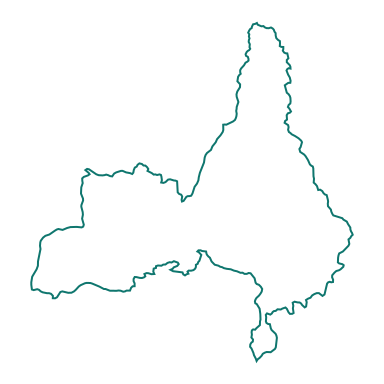 the district of Buenópolis, Minas Gerais, Brazil
{"feature_id": "56859067B56539099498918", "entity_name": "Buenópolis", "entity_type": "district", "adm_level": 2, "iso_a3": "BRA", "parent_name": "Brazil", "parent_adm1": "Minas Gerais", "projection": "robinson", "projection_center": [-44.044, -17.849], "detail": "fine", "context": "isolated", "style": "outline", "palette": "teal", "viewbox_px": 384, "rotation_deg": 0, "n_neighbors": 0, "source": "geoboundaries", "source_scale": "gbopen_adm2", "svg_char_len": 5974}
<svg xmlns="http://www.w3.org/2000/svg" viewBox="0 0 384 384"><path d="M256.6,361.0L257.8,359.2L259.6,357.9L261.6,355.8L262.8,353.8L264.9,352.6L266.7,352.0L270.7,352.2L275.0,348.9L275.8,347.3L276.9,337.8L276.4,335.6L275.6,333.8L271.6,330.0L270.8,328.3L269.9,324.2L268.2,324.0L266.5,323.0L265.9,321.4L266.2,317.2L265.8,314.9L267.0,313.4L270.3,314.6L271.8,313.5L272.7,312.0L273.9,311.1L275.7,310.9L277.5,309.3L280.8,309.5L282.3,308.6L285.5,307.5L286.9,308.9L288.6,312.4L290.0,313.9L292.3,313.8L293.6,313.0L292.9,308.3L293.3,305.8L292.7,302.7L294.6,301.7L297.5,302.4L299.7,302.5L301.1,303.5L302.2,305.1L304.7,307.4L306.1,306.5L306.7,302.1L306.0,300.0L308.0,298.7L310.5,297.7L312.1,295.5L314.3,294.1L316.8,293.1L318.9,293.1L322.5,295.9L324.5,294.5L327.1,283.6L328.2,282.3L329.7,281.8L331.2,282.3L333.0,282.0L333.1,279.7L332.1,277.3L332.2,275.3L334.4,272.7L336.3,271.0L338.9,270.3L340.6,269.3L343.3,266.8L343.7,265.2L342.4,264.2L339.1,263.4L337.9,262.4L338.1,257.6L338.5,255.4L339.2,253.4L342.9,251.5L348.5,245.7L349.3,243.9L348.5,239.4L350.3,237.9L351.3,236.1L352.7,234.8L352.0,232.9L351.1,231.5L350.4,229.5L350.3,227.5L348.1,224.2L346.8,221.6L343.4,219.6L342.3,218.2L333.3,215.4L332.3,213.8L331.3,211.6L330.9,209.6L328.0,206.2L327.8,203.6L328.1,201.7L327.9,200.0L326.7,195.1L324.8,194.4L323.4,193.0L322.3,191.1L320.2,189.7L318.2,190.0L317.0,186.1L315.5,184.2L313.7,182.6L314.0,178.7L313.5,176.3L313.3,168.4L312.8,166.5L311.3,165.7L309.9,164.4L308.0,160.1L305.6,156.2L304.1,154.5L300.2,151.9L299.4,149.0L300.6,147.1L302.0,142.2L301.2,140.7L298.6,138.3L295.0,136.0L291.7,134.3L290.4,133.0L288.9,132.0L288.1,129.8L288.6,127.1L288.1,125.1L284.6,122.8L285.1,121.0L287.0,119.6L286.7,115.2L287.9,113.3L289.9,112.7L291.0,111.5L289.3,108.5L287.9,107.0L288.7,104.9L290.3,103.5L290.6,101.4L290.4,97.9L289.9,96.2L288.6,94.2L286.8,92.7L284.8,85.3L288.2,82.9L290.3,82.8L290.6,80.9L289.8,77.5L288.1,74.6L286.5,70.5L287.3,69.1L288.7,68.2L290.5,68.6L290.4,66.8L289.7,65.1L286.8,62.2L286.8,60.0L288.4,58.3L287.3,53.4L285.7,53.3L284.2,52.6L282.8,50.7L283.3,49.1L283.3,47.0L281.3,46.9L279.8,46.1L280.0,43.5L279.9,41.1L278.0,39.9L276.3,38.1L275.7,35.6L275.6,33.1L274.5,31.7L273.8,29.7L272.7,28.5L271.0,27.5L268.7,28.2L266.5,28.1L264.7,27.3L263.5,26.1L261.4,26.3L257.7,24.7L256.9,23.0L255.2,23.9L253.1,24.3L252.0,26.5L251.6,28.2L250.3,28.9L249.2,30.5L248.2,32.7L249.3,34.3L248.9,36.5L249.5,38.4L248.9,40.0L248.7,41.9L249.8,44.2L249.5,47.2L250.2,48.8L249.2,50.1L247.8,50.9L246.7,52.0L245.6,54.2L246.0,55.8L247.8,56.8L248.5,58.9L248.5,60.6L247.3,61.7L245.5,62.7L244.0,65.3L241.1,68.5L240.2,70.2L240.2,72.2L240.7,73.8L239.2,75.1L238.1,76.8L237.4,81.3L240.1,84.3L240.0,87.2L237.3,91.5L236.5,94.3L236.7,96.8L238.4,102.0L236.7,107.0L236.6,108.9L236.2,110.9L236.7,113.7L236.4,116.2L235.9,117.9L235.0,119.9L233.0,121.5L226.3,124.7L224.8,124.5L223.2,124.7L223.3,130.0L222.7,132.0L220.5,135.3L217.1,139.1L215.7,142.3L212.4,146.4L211.0,149.9L207.0,153.0L205.6,155.0L204.7,157.5L204.0,162.5L199.9,172.8L198.8,177.2L198.4,180.3L197.0,183.6L194.6,186.8L192.5,193.4L191.2,195.7L189.5,196.1L187.9,196.1L186.4,196.8L183.6,200.9L182.0,201.5L181.6,199.9L182.2,196.5L181.2,194.7L179.1,193.9L177.7,192.3L177.1,181.3L175.5,180.6L174.0,180.5L170.1,179.3L168.1,179.6L165.5,182.1L163.4,182.9L161.2,182.5L161.9,180.2L161.4,176.5L160.9,174.9L159.5,174.4L157.1,175.0L155.3,174.4L153.7,174.6L151.8,173.1L147.5,170.9L148.3,169.0L147.1,167.2L145.4,165.6L143.5,165.5L141.9,164.0L139.4,163.4L137.6,164.8L136.7,166.6L134.8,167.6L133.8,170.0L133.3,172.7L132.2,174.0L130.0,173.1L126.1,172.4L122.7,170.9L120.9,170.9L116.2,172.4L114.1,173.6L112.2,176.4L110.1,176.1L108.0,175.1L106.1,174.6L104.7,175.1L102.5,175.4L98.7,175.2L96.3,174.3L89.0,169.3L87.1,168.9L85.4,170.1L88.7,172.9L89.6,174.2L88.0,175.4L83.8,176.9L82.2,178.4L82.3,180.8L82.7,183.1L81.3,187.3L81.2,189.2L81.0,193.6L83.0,198.6L83.1,200.5L81.4,205.1L81.3,206.7L82.7,212.1L82.9,214.8L82.1,218.7L83.8,224.7L83.2,226.6L81.7,227.4L76.7,226.9L70.4,227.1L67.1,228.0L62.6,229.9L58.4,229.0L56.8,229.5L55.0,230.6L49.4,234.5L45.4,235.8L43.1,237.6L40.8,240.7L40.3,242.3L40.0,245.8L40.5,249.0L38.0,261.4L37.9,265.8L36.6,269.3L32.2,276.7L31.3,282.2L31.3,284.8L31.9,289.5L33.7,290.1L37.2,289.2L39.0,289.8L40.6,291.3L42.6,292.3L47.0,293.2L49.1,293.2L51.0,293.8L52.9,295.8L52.8,298.2L55.1,298.3L57.0,297.3L60.4,292.0L62.3,291.4L68.2,292.8L71.5,292.7L74.0,291.4L75.7,289.9L78.8,286.5L80.6,285.2L84.8,283.3L86.5,282.9L90.3,283.0L92.0,283.5L99.4,286.6L103.9,289.0L105.5,289.0L109.9,290.7L116.5,290.8L118.5,290.5L120.6,290.7L123.2,291.7L125.0,291.4L126.5,290.6L130.0,290.6L131.1,287.8L132.6,286.3L134.6,286.2L134.6,283.3L133.6,281.2L133.6,279.0L134.7,277.0L136.5,277.1L139.8,277.9L142.0,278.0L144.1,277.3L145.3,276.3L144.4,274.0L146.5,273.1L148.3,273.2L151.5,274.2L154.3,274.0L153.3,271.6L153.7,268.6L156.0,267.9L156.0,266.2L158.0,265.5L161.5,265.7L163.2,264.6L165.5,264.5L167.5,262.9L169.7,262.2L171.6,262.5L173.9,261.2L177.8,262.6L178.7,264.1L177.3,265.9L173.7,267.4L172.7,268.8L170.5,269.8L173.1,271.2L182.5,272.4L183.3,274.4L185.0,275.4L186.7,274.2L188.4,273.7L187.5,271.6L188.7,270.6L191.1,270.7L193.5,270.1L195.2,268.6L195.9,267.0L195.9,264.8L197.7,263.8L198.2,262.1L199.4,260.8L201.3,254.9L198.8,252.2L197.4,251.5L198.5,250.3L200.6,250.3L202.0,251.0L206.1,251.5L206.5,253.8L207.2,255.1L208.4,256.5L209.9,257.7L211.6,261.5L214.7,264.7L218.5,265.7L220.1,266.7L222.2,267.2L223.8,268.1L226.7,268.8L230.8,269.3L233.9,270.6L237.0,271.3L240.5,272.8L242.6,272.7L244.5,273.9L246.7,273.9L248.7,273.0L250.6,273.3L254.6,278.3L255.6,282.7L256.7,284.0L258.9,284.8L260.8,286.7L262.2,289.0L261.7,291.6L260.5,293.6L259.0,295.6L256.5,297.9L255.5,299.5L254.9,301.3L255.3,303.3L256.8,304.1L259.6,308.7L260.3,313.9L260.5,319.5L260.0,321.5L259.9,325.1L256.5,328.1L255.1,329.7L253.1,329.4L251.9,330.4L251.6,332.2L251.9,334.7L251.4,337.5L253.0,339.5L252.8,341.6L251.4,342.6L250.3,344.4L250.1,346.8L251.5,348.5L253.4,352.9L254.0,355.2L255.8,358.6L256.6,361.0Z" fill="none" stroke="#0f766e" stroke-width="2"/></svg>